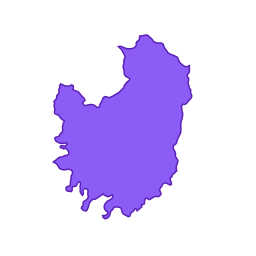 outline of Cordisburgo, Minas Gerais, Brazil, rotated 146°
{"feature_id": "56859067B649885654800", "entity_name": "Cordisburgo", "entity_type": "district", "adm_level": 2, "iso_a3": "BRA", "parent_name": "Brazil", "parent_adm1": "Minas Gerais", "projection": "robinson", "projection_center": [-44.174, -19.095], "detail": "fine", "context": "isolated", "style": "filled", "palette": "violet", "viewbox_px": 256, "rotation_deg": 146, "n_neighbors": 0, "source": "geoboundaries", "source_scale": "gbopen_adm2", "svg_char_len": 5179}
<svg xmlns="http://www.w3.org/2000/svg" viewBox="0 0 256 256"><g transform="rotate(146 128 128)"><path d="M159.1,202.2L161.2,201.3L161.9,199.8L163.4,198.9L164.4,197.6L165.5,195.8L166.9,195.1L168.6,194.8L170.0,193.3L171.4,192.1L173.3,191.8L174.8,191.2L175.0,189.3L176.6,188.2L177.3,186.7L177.9,185.2L178.5,183.9L179.7,182.9L180.6,181.1L179.8,179.2L178.3,177.6L178.4,175.3L178.1,173.1L177.8,171.5L177.1,170.4L177.1,168.9L178.7,168.4L180.4,166.7L181.7,165.6L182.5,164.0L183.5,162.6L185.0,161.2L186.7,161.3L187.9,160.8L189.4,159.9L191.2,160.0L192.4,160.6L194.0,160.8L195.0,159.0L195.1,157.5L194.5,156.2L193.7,154.6L192.6,153.1L191.0,152.0L190.0,151.2L188.7,150.7L187.1,150.2L187.0,148.8L188.7,148.3L190.5,148.2L191.7,149.3L192.9,150.6L194.4,150.7L195.1,149.5L193.9,148.6L193.2,146.7L191.2,146.2L190.5,144.5L190.4,141.4L191.5,139.7L192.9,139.4L194.3,139.8L195.9,140.5L197.7,140.7L199.3,141.0L200.6,142.0L202.2,142.1L203.7,142.0L205.0,141.7L206.9,141.8L209.0,141.5L208.1,140.0L207.4,138.5L207.2,137.0L207.2,135.2L207.5,133.4L207.0,132.0L205.9,130.4L204.5,129.2L202.8,128.2L200.9,127.5L199.7,126.3L198.6,124.8L198.4,123.2L199.1,121.9L200.1,120.8L201.5,120.4L202.4,119.2L203.5,118.1L204.6,116.9L206.0,115.4L207.0,113.9L208.3,112.5L209.9,113.0L211.3,113.5L212.7,113.2L213.8,111.6L213.6,109.7L212.1,108.4L210.7,107.0L209.2,107.4L208.1,109.1L206.9,110.4L205.5,109.7L203.7,108.9L202.0,109.6L200.4,110.7L198.9,110.8L198.0,109.4L198.9,107.8L200.3,106.6L201.1,105.1L202.1,103.5L203.3,101.9L203.6,99.5L203.4,97.7L201.8,98.3L201.3,99.6L200.6,100.9L199.1,101.9L197.8,102.0L196.6,101.2L196.0,99.4L196.5,97.8L197.5,96.7L198.6,95.1L199.2,93.6L200.1,92.5L202.0,91.8L204.4,91.7L206.3,91.8L207.6,90.3L209.0,88.4L210.6,88.5L211.6,87.4L211.2,85.3L210.4,83.8L209.2,82.7L207.8,82.9L206.7,83.6L205.5,84.4L204.4,85.3L203.2,86.3L202.2,87.2L200.5,87.9L198.9,88.3L197.1,88.6L195.1,87.4L193.7,87.2L192.1,87.2L190.2,87.2L188.3,87.2L187.0,87.1L185.6,87.4L185.0,85.4L183.9,83.2L182.6,82.0L181.4,81.7L179.8,81.7L178.4,81.1L179.1,79.5L181.1,78.5L183.6,78.5L185.1,78.9L186.8,78.7L188.7,78.2L189.9,77.7L191.4,76.6L192.5,74.7L192.7,72.3L191.9,70.0L192.7,68.3L194.4,68.0L196.1,68.4L198.0,69.6L198.6,67.7L197.9,65.8L196.0,64.9L194.4,65.0L192.7,65.5L191.0,66.6L189.8,67.9L188.7,68.6L187.1,68.9L185.6,69.2L184.2,70.0L182.9,69.8L181.6,68.9L180.3,67.9L179.3,67.0L178.6,65.3L179.3,63.3L180.0,61.3L180.0,59.8L179.4,58.2L178.4,56.3L177.5,54.6L176.1,53.8L174.9,54.5L173.8,55.4L172.6,56.1L170.8,56.0L168.8,56.5L167.3,57.2L166.5,56.1L166.7,54.2L164.9,54.7L163.7,54.4L162.4,54.7L160.6,55.0L159.7,56.8L158.1,56.2L156.7,56.0L155.6,57.8L153.7,59.2L152.3,59.8L151.3,58.8L151.0,57.3L149.7,56.5L148.3,56.5L146.9,56.5L145.0,56.3L143.4,55.9L142.3,55.0L141.1,54.0L139.1,54.1L137.4,55.0L136.9,56.5L136.8,58.1L136.1,59.3L134.6,60.3L132.8,60.7L131.1,61.9L129.2,62.1L127.8,61.8L126.7,60.2L125.8,58.7L124.9,57.1L123.4,57.0L122.8,58.2L122.4,59.8L121.7,61.5L121.0,63.3L119.0,62.9L117.8,64.0L116.3,64.8L114.6,64.4L113.1,65.4L111.6,65.1L110.9,66.9L109.9,68.7L108.6,69.9L107.5,70.7L106.4,71.5L105.3,72.4L104.7,73.6L104.7,75.6L104.5,77.9L103.8,79.2L102.8,80.3L102.2,82.4L102.1,84.9L101.3,86.9L100.0,88.0L97.7,88.0L96.1,88.5L94.9,89.7L93.1,91.0L91.5,92.1L90.1,92.8L88.9,93.5L87.6,94.2L86.4,95.5L85.1,97.0L84.1,98.5L83.0,100.3L81.4,102.5L80.0,104.0L78.4,105.2L77.3,106.2L76.1,107.4L75.0,108.8L74.2,110.2L73.9,111.6L72.8,113.6L71.9,115.4L70.9,116.7L69.0,116.9L67.5,115.7L65.7,115.7L63.7,116.3L62.0,116.9L59.9,117.2L58.0,118.0L56.8,119.6L56.7,121.6L55.7,123.1L54.6,124.7L54.8,126.8L54.1,128.3L53.4,130.6L52.8,132.3L51.2,133.4L50.0,135.1L50.0,136.8L49.6,138.5L48.1,139.5L46.5,139.7L44.9,141.3L43.6,143.3L42.2,145.4L44.4,145.7L46.2,146.9L47.3,148.9L47.9,151.2L48.4,153.4L48.3,155.5L47.7,157.4L47.6,159.3L48.5,160.8L49.5,162.6L51.0,164.6L52.1,166.4L52.8,168.3L52.7,170.7L52.9,173.3L52.8,175.0L52.3,176.4L52.0,178.4L53.1,180.1L54.4,180.9L55.5,181.6L56.7,182.7L57.8,184.0L58.4,185.8L58.5,188.8L59.1,190.9L59.5,192.7L60.3,194.6L61.7,195.3L62.9,195.9L64.7,196.4L65.7,197.2L66.9,197.7L67.9,196.5L69.0,195.1L70.8,194.6L72.4,194.6L73.8,193.8L74.6,192.3L75.8,191.4L77.1,191.2L78.3,191.2L80.0,191.5L81.7,192.4L83.2,193.3L84.5,194.4L85.6,195.7L86.6,197.2L87.4,198.7L88.7,200.0L90.4,200.9L90.1,199.1L89.6,197.2L89.6,194.7L89.9,192.9L90.0,191.2L90.5,189.2L91.2,187.7L92.9,187.1L94.3,185.5L95.1,184.0L96.8,182.6L98.0,181.2L98.7,179.4L99.0,178.0L99.9,176.6L100.8,175.2L101.1,173.5L100.8,171.5L99.6,169.5L99.0,167.8L100.0,166.8L101.4,166.7L102.9,166.7L104.2,166.4L105.4,166.0L106.6,165.5L108.3,164.5L109.9,163.5L111.4,163.3L113.3,163.0L115.0,162.6L117.0,162.6L119.6,162.8L120.9,162.9L122.6,162.9L124.2,163.2L126.2,163.4L127.2,164.3L128.1,165.4L129.0,166.5L130.1,167.1L131.8,166.9L133.8,165.6L135.3,164.5L136.5,164.0L138.0,163.2L139.5,161.9L141.2,161.4L142.4,163.3L143.1,165.5L144.1,167.0L145.7,168.3L147.3,169.1L148.5,169.6L150.1,170.1L151.3,170.8L151.8,172.2L151.6,174.2L150.0,174.6L148.2,175.0L147.8,176.9L148.1,178.6L148.5,181.1L148.8,183.4L148.9,185.5L150.1,187.4L151.4,189.0L152.2,190.7L150.9,191.8L149.8,193.4L150.4,195.2L152.2,195.5L153.5,195.6L155.0,196.8L156.3,197.7L157.1,198.9L157.9,200.3L159.1,202.2Z" fill="#8b5cf6" stroke="#5b21b6" stroke-width="1.5"/></g></svg>